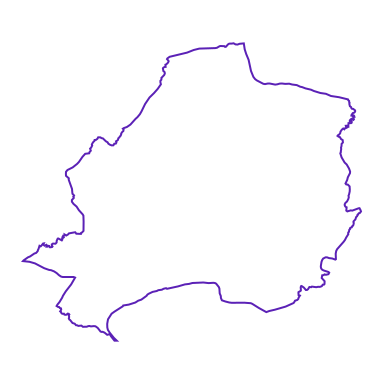 outline of Ou Chum, Rôtânôkiri, Cambodia
{"feature_id": "14789045B56033797709996", "entity_name": "Ou Chum", "entity_type": "district", "adm_level": 2, "iso_a3": "KHM", "parent_name": "Cambodia", "parent_adm1": "Rôtânôkiri", "projection": "albers", "projection_center": [107.039, 13.843], "detail": "fine", "context": "isolated", "style": "outline", "palette": "violet", "viewbox_px": 384, "rotation_deg": 0, "n_neighbors": 0, "source": "geoboundaries", "source_scale": "gbopen_adm2", "svg_char_len": 5899}
<svg xmlns="http://www.w3.org/2000/svg" viewBox="0 0 384 384"><path d="M348.0,99.4L339.0,97.2L331.0,96.0L325.9,93.8L320.4,93.0L313.9,91.0L311.0,89.7L305.5,88.4L302.1,87.1L300.2,86.7L296.8,85.1L292.1,84.5L289.2,83.7L285.3,83.9L281.9,83.5L279.8,83.6L277.3,84.3L275.2,84.6L269.6,83.5L268.0,83.5L265.0,84.1L263.3,83.8L256.8,80.4L255.1,79.1L253.4,76.9L251.0,71.0L248.6,59.8L246.2,54.0L244.7,49.3L243.8,43.4L239.5,43.8L237.7,44.5L236.9,44.5L235.5,44.4L233.6,43.3L231.6,43.6L229.8,43.6L228.9,43.8L227.9,44.5L226.0,46.7L225.1,46.9L224.5,46.2L220.7,46.0L219.6,46.2L216.9,47.8L215.2,48.1L199.3,48.6L193.7,50.0L187.1,52.6L169.6,56.8L167.4,58.4L167.0,59.1L168.5,60.8L168.6,61.5L167.8,62.9L166.2,64.4L165.4,64.7L165.6,66.9L164.5,67.0L163.2,67.8L162.9,68.5L163.4,71.1L164.4,71.8L164.7,72.6L164.8,73.6L164.2,75.0L161.4,77.9L161.5,78.6L161.3,79.8L160.4,80.8L160.4,82.3L160.9,84.3L157.7,88.9L154.0,93.1L149.5,97.5L145.1,104.0L141.5,111.4L139.9,114.2L137.4,117.2L135.6,118.8L130.4,124.6L126.9,127.0L123.8,128.1L122.9,128.7L123.6,129.5L123.3,131.1L122.3,131.9L121.2,133.5L121.2,134.3L120.6,135.8L119.7,136.6L119.4,137.4L118.3,138.3L118.0,139.8L117.2,140.6L116.0,141.3L116.4,142.6L115.8,143.6L114.3,143.7L113.4,145.3L111.7,145.4L109.9,144.7L108.3,143.6L107.6,142.3L105.9,141.3L102.9,138.4L101.4,138.1L100.5,137.4L98.2,137.3L97.4,138.8L95.9,139.9L94.6,140.0L94.4,141.0L93.3,142.0L92.3,143.5L91.8,144.7L92.2,145.5L91.1,147.7L90.1,148.6L90.8,150.7L89.4,152.3L89.2,153.3L85.2,153.8L82.5,156.8L78.9,162.0L77.1,163.9L72.7,167.4L67.5,170.0L66.0,171.8L65.9,173.8L66.0,175.8L68.8,178.3L68.7,179.7L72.0,188.9L72.4,193.3L72.6,194.0L73.5,194.7L74.1,195.7L73.3,196.6L73.8,197.9L71.9,200.0L71.9,201.7L73.5,203.9L76.6,206.6L78.9,210.2L82.7,214.4L83.4,215.6L83.6,221.5L83.5,230.9L82.0,232.5L81.1,232.9L80.9,233.9L76.3,233.7L75.3,232.3L74.3,232.4L68.9,233.4L68.1,234.4L66.3,235.5L64.6,234.5L64.7,235.4L64.0,235.7L63.3,235.6L62.9,236.3L63.7,237.4L63.2,237.8L62.4,237.5L62.1,238.7L62.3,239.7L61.8,240.4L58.4,238.5L57.7,238.6L56.7,240.8L56.6,242.5L55.5,243.7L52.9,243.6L51.8,244.4L51.9,245.6L52.5,246.5L52.1,247.0L50.5,247.3L49.6,247.2L49.2,246.0L48.0,245.8L47.3,246.7L46.6,246.7L47.0,245.7L46.4,244.8L44.6,245.7L43.2,244.6L43.8,243.4L43.1,243.5L41.3,245.8L40.6,246.4L39.5,245.8L38.5,249.0L37.9,250.1L37.8,250.9L36.8,252.2L36.0,253.0L34.4,253.5L30.0,256.5L28.0,257.3L23.6,260.4L23.0,261.1L29.5,261.8L35.0,263.4L44.2,268.2L49.0,269.9L51.1,270.2L54.1,271.4L56.7,273.1L59.0,275.2L61.1,276.6L62.7,277.0L73.6,277.0L75.1,277.6L71.1,284.5L65.8,291.3L62.9,295.9L62.2,297.6L59.4,302.2L57.5,304.5L56.6,306.0L58.0,306.9L59.2,307.1L59.8,308.0L61.0,308.4L61.2,309.6L60.2,311.4L60.9,311.7L61.1,312.6L61.8,313.5L62.6,313.8L63.9,313.7L64.4,314.6L65.3,314.8L66.4,314.7L67.7,313.6L68.7,313.8L69.3,314.5L68.7,315.3L69.1,316.3L69.1,317.5L68.8,318.3L69.3,319.5L70.1,320.0L72.5,323.0L74.7,323.7L76.0,325.2L77.2,325.3L78.3,325.9L81.4,325.6L82.9,326.8L86.8,326.7L88.3,326.1L89.6,326.0L90.9,326.4L93.9,326.1L95.5,326.3L97.7,327.9L100.5,331.5L101.4,331.9L102.6,331.8L104.5,332.6L107.2,334.8L109.1,334.3L110.1,334.7L111.0,336.3L114.5,340.7L116.8,340.7L113.8,337.8L109.8,332.8L107.9,329.9L107.3,327.5L107.2,323.9L108.0,319.3L111.6,313.7L114.5,311.6L122.8,306.3L123.2,305.5L128.8,304.6L135.4,302.5L138.2,300.7L141.4,299.6L146.6,295.8L147.4,294.6L148.8,293.7L152.6,291.9L156.8,291.0L158.3,290.2L161.9,289.7L163.5,288.8L165.1,288.4L166.1,288.2L167.0,288.8L178.0,286.4L184.9,284.4L189.1,283.9L192.4,283.0L203.4,282.5L208.6,283.1L213.3,282.8L214.9,283.0L216.2,283.7L218.8,287.0L219.4,288.6L219.7,293.4L220.8,296.0L220.9,297.9L221.9,300.3L225.4,301.5L229.3,302.5L231.7,302.8L244.1,302.7L250.8,303.2L252.2,303.8L258.9,308.0L266.3,312.1L269.3,311.0L274.9,309.7L285.6,306.6L293.6,303.0L294.5,301.7L295.0,300.7L297.2,300.0L298.2,299.1L298.7,297.5L299.9,295.6L298.6,295.2L298.4,292.8L298.5,292.1L300.6,290.9L300.9,290.3L300.7,287.3L301.0,286.2L301.6,286.0L303.9,287.6L305.9,290.0L307.1,289.9L308.0,289.2L309.4,287.0L311.2,287.2L311.9,286.6L316.2,287.2L318.1,286.8L319.8,286.9L321.5,286.3L322.1,285.8L322.7,284.7L324.0,284.6L324.5,284.0L324.6,281.2L321.7,278.0L322.2,275.3L323.7,275.1L324.5,274.4L325.9,274.8L328.4,274.2L329.2,272.7L328.5,272.0L323.8,270.5L322.3,269.8L321.2,268.5L320.8,266.9L320.9,265.6L321.5,261.9L322.1,260.2L323.1,258.6L325.6,257.3L326.9,257.3L329.1,258.1L332.3,258.5L335.3,259.6L335.9,259.2L335.7,253.7L336.2,251.0L337.1,249.2L343.7,241.7L345.0,239.9L346.2,237.5L348.3,234.2L348.1,233.1L348.3,232.4L348.9,231.9L349.3,229.7L350.1,229.0L350.0,228.3L350.4,227.8L351.8,227.3L351.9,226.7L352.5,225.9L353.0,225.7L353.4,224.9L353.8,223.0L353.4,222.0L353.6,221.3L355.4,219.4L356.1,217.1L357.1,216.2L357.5,214.8L358.1,214.6L358.2,214.0L358.9,213.2L359.7,213.1L361.0,211.5L360.6,210.3L359.5,208.2L358.6,208.3L352.3,210.6L350.7,210.4L347.3,211.4L346.3,210.6L346.6,207.3L345.7,206.9L345.0,206.0L344.7,205.1L344.7,204.3L345.5,202.8L347.0,201.5L348.3,199.0L348.8,197.2L348.5,195.7L349.0,194.6L349.7,191.5L349.8,189.4L349.6,186.4L347.8,184.6L346.2,184.4L345.5,183.5L347.2,179.9L347.8,177.4L350.0,173.1L350.1,171.5L349.0,168.5L346.7,164.5L344.6,162.5L341.6,157.4L340.3,153.3L340.9,152.0L340.8,151.4L341.2,149.0L341.0,147.8L341.5,146.0L341.6,143.9L342.9,142.5L342.7,140.1L340.9,138.9L340.0,137.2L338.6,136.7L337.5,135.9L337.9,135.3L339.1,134.6L340.2,133.2L340.5,131.6L341.9,129.6L343.2,128.5L344.3,129.3L345.1,128.2L345.9,128.1L347.2,127.4L346.2,127.2L345.8,125.8L347.0,125.7L347.5,126.1L348.3,126.2L348.5,123.1L351.1,123.1L351.6,122.8L351.8,121.9L351.4,121.0L349.8,121.1L349.8,120.4L350.8,119.3L351.6,118.8L353.4,119.9L353.9,119.3L353.0,116.8L354.4,116.8L354.2,116.0L353.7,115.4L352.9,115.2L352.0,115.7L351.4,115.6L351.5,115.0L352.8,113.1L354.3,112.6L354.8,112.1L355.2,111.2L355.1,110.4L353.2,108.9L352.0,108.8L351.4,108.2L351.1,107.1L349.9,106.2L349.3,103.8L349.6,102.9L349.2,102.3L349.1,100.9L348.3,100.3L348.0,99.4Z" fill="none" stroke="#5b21b6" stroke-width="2"/></svg>